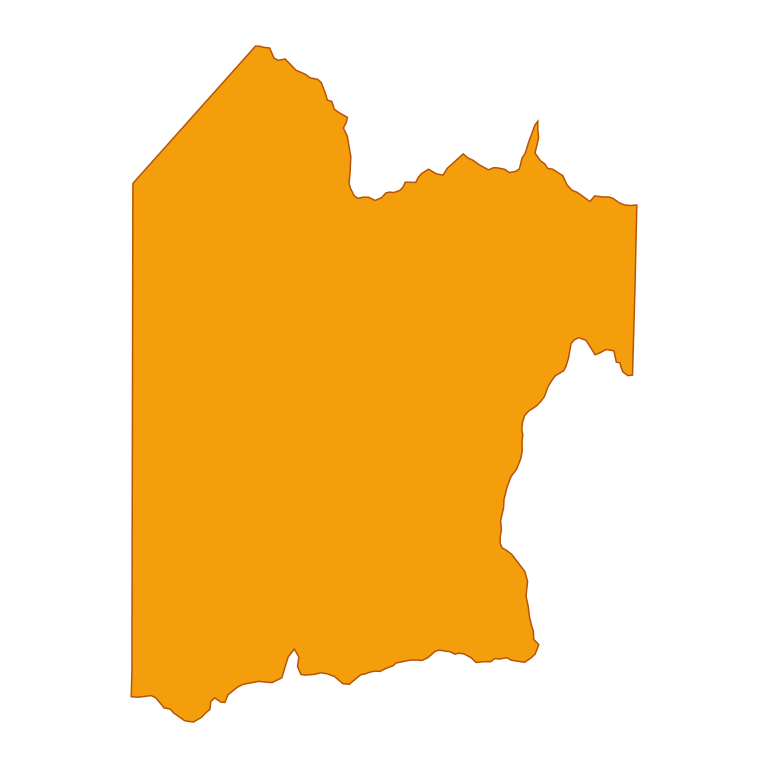 the district of Sapucaia, Pará, Brazil
{"feature_id": "56859067B89433863096601", "entity_name": "Sapucaia", "entity_type": "district", "adm_level": 2, "iso_a3": "BRA", "parent_name": "Brazil", "parent_adm1": "Pará", "projection": "equal_earth", "projection_center": [-49.504, -6.834], "detail": "fine", "context": "isolated", "style": "filled", "palette": "amber", "viewbox_px": 768, "rotation_deg": 0, "n_neighbors": 0, "source": "geoboundaries", "source_scale": "gbopen_adm2", "svg_char_len": 2627}
<svg xmlns="http://www.w3.org/2000/svg" viewBox="0 0 768 768"><path d="M132.9,183.5L132.0,622.0L132.0,634.7L132.0,669.0L131.2,696.7L138.2,697.2L151.2,695.6L155.6,697.7L159.3,702.0L164.2,708.0L170.1,709.0L173.7,713.0L184.5,720.6L189.5,721.6L193.9,721.9L197.3,719.7L201.5,717.3L205.3,713.3L209.9,709.3L210.8,701.5L214.6,697.9L220.7,702.0L224.9,702.5L228.0,694.8L237.4,687.2L243.2,684.3L258.6,681.4L272.0,682.6L281.8,677.8L285.9,664.2L288.2,656.9L294.3,649.1L298.9,657.1L297.5,666.5L300.9,674.4L305.3,675.1L314.1,674.4L320.9,672.8L327.1,673.8L334.3,676.4L343.0,683.7L349.2,684.3L360.8,674.7L364.8,674.0L369.8,672.2L374.8,671.1L380.0,671.4L386.4,668.2L393.0,665.8L396.0,663.0L410.3,660.1L416.4,660.1L422.0,660.4L427.9,657.7L434.7,651.7L438.7,650.1L449.9,651.7L455.1,654.2L458.7,653.1L463.9,653.9L471.1,657.7L476.0,662.5L483.7,661.7L490.6,661.7L495.0,658.5L499.2,659.1L506.8,657.7L511.6,660.3L517.1,661.1L524.6,662.3L530.7,658.2L535.1,654.1L538.8,644.7L533.8,639.4L533.3,631.0L531.4,625.1L529.5,617.0L528.2,606.3L526.0,596.1L527.6,581.6L524.9,571.6L511.6,554.2L506.5,550.4L502.0,547.7L500.2,543.4L500.2,536.7L501.4,529.9L500.6,520.8L503.6,507.5L504.0,499.3L507.2,486.7L511.1,476.4L516.6,469.2L520.6,459.1L522.2,451.4L522.0,441.2L522.8,435.0L521.8,429.6L522.4,422.7L524.6,415.6L528.7,411.0L536.5,405.9L540.8,401.4L544.4,396.6L548.0,386.8L551.7,380.6L555.3,375.8L563.7,370.7L565.9,366.7L568.5,358.1L571.1,343.5L574.1,340.1L578.5,337.6L585.7,340.1L588.5,344.1L595.1,354.8L600.5,352.6L605.8,349.5L613.9,350.8L616.3,362.1L620.0,362.9L621.2,367.9L623.0,372.0L627.9,375.6L632.5,375.1L635.0,287.6L636.8,205.0L631.0,205.5L624.6,205.0L619.1,202.7L612.9,198.3L609.1,197.0L601.9,196.9L594.7,195.9L589.9,201.5L580.7,194.8L576.7,192.1L572.1,190.3L567.0,184.9L562.8,175.7L552.6,169.2L547.7,168.4L544.5,163.6L540.6,160.9L535.0,153.1L538.6,138.1L537.8,129.7L537.8,121.3L535.0,124.9L528.4,142.8L525.4,152.9L522.0,158.2L519.4,168.9L515.7,171.4L509.4,172.5L504.9,169.4L497.9,167.9L493.8,167.7L488.3,169.8L478.9,164.6L473.1,160.3L468.0,158.0L463.2,153.9L447.1,168.5L443.1,175.1L436.5,173.9L428.5,169.2L421.7,173.5L418.5,177.0L415.7,182.4L405.3,182.2L402.9,187.1L400.1,190.3L393.7,192.6L389.5,192.1L385.9,192.9L381.8,197.5L375.2,200.5L368.4,197.2L363.0,197.2L357.8,198.3L354.3,195.9L350.6,188.6L349.0,183.5L350.1,172.3L350.8,156.7L347.3,136.2L343.4,128.0L346.2,122.7L347.4,117.4L340.6,113.6L334.3,109.3L331.9,101.5L327.4,100.1L325.2,92.8L321.3,82.7L317.8,79.4L309.9,77.8L305.9,74.6L295.7,70.0L285.2,59.0L278.1,60.3L273.9,57.9L269.7,48.0L264.1,47.4L259.8,46.3L255.5,46.1L136.9,178.9L132.9,183.5Z" fill="#f59e0b" stroke="#b45309" stroke-width="1.5"/></svg>